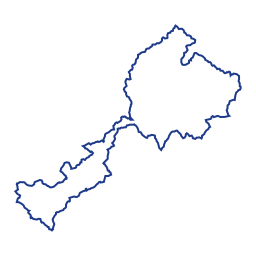 outline of Concepcion, Junín, Peru
{"feature_id": "86281439B60815042130101", "entity_name": "Concepcion", "entity_type": "district", "adm_level": 2, "iso_a3": "PER", "parent_name": "Peru", "parent_adm1": "Junín", "projection": "natural_earth1", "projection_center": [-75.231, -11.807], "detail": "fine", "context": "isolated", "style": "outline", "palette": "blue", "viewbox_px": 256, "rotation_deg": 0, "n_neighbors": 0, "source": "geoboundaries", "source_scale": "gbopen_adm2", "svg_char_len": 5801}
<svg xmlns="http://www.w3.org/2000/svg" viewBox="0 0 256 256"><path d="M100.6,182.5L103.8,182.0L105.4,176.0L108.3,176.0L111.1,174.7L110.4,172.3L109.3,171.8L109.0,170.7L108.0,170.7L107.5,170.0L107.4,168.9L106.6,166.8L105.4,165.5L105.1,164.5L104.1,164.1L103.4,163.2L107.7,158.8L107.7,155.8L108.5,152.4L108.1,150.5L107.5,149.6L110.2,148.3L111.5,146.7L112.9,146.4L114.0,145.8L113.8,145.0L112.2,143.0L113.3,142.0L114.9,139.4L115.0,138.2L114.4,137.0L114.4,136.0L117.3,132.2L117.8,130.7L117.7,128.8L118.8,128.4L119.9,128.7L120.6,127.9L121.4,127.6L122.9,127.8L124.2,127.3L125.9,127.3L126.7,125.7L127.1,125.3L128.3,125.3L129.7,124.7L133.4,124.7L134.3,124.4L134.8,125.1L135.8,125.5L137.2,127.4L138.0,129.1L138.7,131.9L140.8,132.3L142.3,134.9L145.7,137.5L147.1,137.9L148.2,135.7L149.9,135.7L151.5,134.9L154.3,135.3L154.9,135.7L155.1,136.3L154.9,137.9L156.4,139.6L156.5,140.9L158.0,143.0L159.2,147.9L161.2,150.0L162.3,147.8L163.8,146.7L164.1,144.3L164.6,143.6L165.2,141.3L166.1,141.0L167.5,139.0L168.1,138.7L169.1,135.8L170.8,132.9L172.0,131.8L172.9,131.5L174.5,131.5L176.3,130.6L177.2,130.7L178.6,132.4L179.9,133.4L180.9,134.7L181.1,135.7L183.1,138.2L184.6,137.6L185.6,136.1L185.9,134.1L186.8,133.3L188.0,134.1L189.5,136.1L191.7,135.6L192.6,136.9L192.8,138.2L193.7,138.5L195.4,138.9L196.5,137.7L199.5,137.4L201.5,138.5L202.1,137.1L202.0,135.7L204.2,134.2L204.7,132.8L206.3,130.5L208.3,129.0L209.4,126.9L210.0,126.8L208.5,123.6L206.2,121.7L205.8,120.0L210.7,118.9L211.2,118.3L211.5,117.0L212.7,116.1L213.8,117.1L217.7,115.9L220.7,117.0L224.8,116.9L229.2,115.9L228.4,115.2L226.7,110.3L227.5,108.4L227.6,105.4L229.0,104.2L229.8,101.1L233.7,99.7L234.7,100.0L235.4,95.3L236.2,92.6L237.9,91.1L238.2,90.3L240.0,89.7L240.6,88.4L240.6,86.7L239.8,86.3L239.7,83.3L238.6,81.1L239.1,78.9L239.0,76.0L236.6,74.1L233.9,73.6L233.3,73.7L232.7,74.5L231.6,74.4L230.6,75.5L230.2,72.9L229.6,71.8L228.8,71.7L227.7,72.5L226.7,72.2L225.7,73.1L224.9,73.2L224.3,72.9L222.7,70.8L220.4,70.6L219.9,69.1L219.5,68.8L217.1,69.1L216.8,68.2L215.1,66.8L214.3,65.5L213.5,65.4L212.7,65.8L211.7,65.0L211.1,63.2L210.3,62.2L208.4,62.1L207.9,61.1L205.3,59.9L205.0,58.5L203.2,56.8L201.7,55.7L198.9,55.0L196.2,53.0L194.5,53.1L192.8,57.4L191.0,58.6L191.1,60.4L189.7,60.2L189.1,60.5L189.0,62.9L185.6,64.8L183.2,64.9L182.3,64.5L181.3,62.3L181.4,59.0L183.3,57.1L184.2,55.2L184.1,52.9L185.8,52.4L187.6,50.1L186.2,46.4L186.7,45.7L187.7,45.3L190.2,45.2L192.3,43.5L194.6,42.8L195.0,42.2L195.2,40.0L193.3,38.8L191.3,38.3L191.1,36.8L190.6,36.2L189.0,35.4L187.0,35.3L185.5,33.1L184.2,32.5L184.3,31.7L183.4,29.9L181.8,28.7L178.9,29.1L177.2,26.7L175.5,25.6L174.8,26.8L174.6,27.9L173.7,28.3L173.2,29.1L172.8,30.9L171.4,31.1L170.5,31.9L170.3,32.7L168.0,33.2L167.3,35.0L167.5,37.0L167.3,38.1L165.0,38.5L163.4,37.4L162.8,37.5L161.9,38.8L162.1,40.2L161.3,41.8L158.8,43.4L157.1,43.1L155.4,44.5L152.5,44.6L152.0,46.1L151.3,46.8L150.6,46.9L149.0,48.5L147.1,48.6L146.2,49.1L145.1,51.8L142.2,52.3L140.5,53.1L140.3,53.6L139.2,54.4L138.0,54.7L138.0,57.5L137.7,58.1L136.5,59.0L135.9,60.3L135.6,62.9L135.0,63.4L134.6,64.4L132.9,64.8L132.3,65.5L132.2,66.4L132.7,67.6L132.3,69.2L131.9,69.8L131.0,69.8L128.8,72.0L129.9,74.0L129.9,76.5L130.6,79.1L129.6,79.5L126.7,78.9L125.6,80.8L125.4,82.2L126.6,85.9L124.2,88.2L123.8,89.4L124.5,90.5L124.7,91.5L126.1,92.6L126.1,94.3L126.9,96.3L128.8,97.1L129.3,97.8L129.4,98.7L131.4,101.6L131.5,104.0L130.9,104.5L130.8,106.2L130.1,107.7L129.6,111.3L129.1,112.5L129.7,114.0L130.0,116.4L130.7,118.0L132.4,119.7L130.5,119.8L128.9,118.2L127.7,118.5L126.4,117.4L125.6,117.3L125.2,116.6L124.5,116.4L123.6,116.9L122.7,116.5L121.9,116.9L121.1,117.7L121.5,119.1L120.7,120.9L117.4,122.9L116.6,122.4L116.0,122.7L115.0,123.6L114.6,124.7L113.4,125.8L113.4,126.6L114.1,129.5L112.5,129.6L111.0,130.3L108.7,132.3L106.1,133.5L105.1,134.4L104.9,136.4L103.4,139.7L103.9,141.2L103.6,141.8L101.8,140.5L99.5,141.9L98.5,141.9L97.7,141.4L97.0,141.9L95.9,142.0L94.1,143.0L92.4,143.3L90.5,144.6L89.2,143.3L88.8,143.2L84.7,145.6L83.0,146.1L84.9,147.6L85.2,148.4L85.8,148.4L87.5,149.2L88.2,150.2L89.6,151.0L90.4,152.1L91.6,151.5L93.0,153.1L91.7,154.9L91.0,155.0L89.2,156.1L88.7,157.1L86.6,158.0L84.9,160.0L83.2,159.1L81.5,159.7L81.4,162.4L80.4,162.3L79.7,164.1L79.1,164.8L77.6,164.9L76.4,165.8L76.1,167.4L75.4,167.9L71.2,168.8L71.1,167.3L68.9,162.7L66.6,162.3L64.6,162.9L63.4,165.6L61.1,168.4L60.8,170.0L60.4,170.9L60.6,171.4L62.2,172.3L64.7,175.2L65.7,175.7L65.9,177.3L66.6,177.5L67.3,177.3L66.6,177.8L66.4,178.9L64.9,179.1L62.6,182.0L59.8,182.7L59.4,182.4L59.0,182.8L58.3,182.6L54.9,185.8L53.5,186.8L51.7,187.3L50.1,187.3L48.2,186.0L47.6,186.0L45.6,184.3L43.9,184.1L42.9,183.5L42.3,182.7L42.4,181.7L41.8,180.5L39.9,180.0L34.9,182.0L34.3,183.0L34.2,184.3L31.9,185.9L28.7,185.5L27.2,184.9L26.1,184.2L24.7,182.5L24.1,182.3L19.8,182.1L17.9,183.5L17.2,183.3L16.9,183.6L16.8,184.4L17.5,186.7L17.6,188.4L18.0,189.5L15.4,191.4L17.5,194.0L20.1,195.5L19.4,197.8L18.3,198.0L17.6,199.1L16.8,202.1L18.7,202.2L20.2,202.9L22.5,204.4L23.8,205.7L24.5,207.6L26.8,209.1L28.4,210.7L29.2,210.8L28.5,211.6L28.2,212.7L30.5,215.0L30.9,216.2L30.5,217.2L30.8,218.1L32.1,217.7L33.1,218.8L36.1,219.5L37.3,219.4L38.2,218.8L40.4,219.0L41.1,221.8L41.8,222.6L42.3,222.3L43.5,222.9L45.2,225.0L46.7,225.8L47.6,227.0L48.6,227.0L49.2,229.2L50.7,229.4L51.9,230.4L53.0,229.3L52.7,228.8L54.3,224.1L53.0,221.1L52.7,219.2L54.9,215.3L56.0,214.2L56.0,212.7L57.0,212.1L58.5,212.2L60.3,211.0L63.2,210.1L63.8,209.0L65.2,208.1L66.1,206.9L66.0,204.8L66.6,203.3L67.7,201.6L68.6,201.3L69.4,201.5L69.8,201.2L69.9,199.7L69.4,197.9L74.1,196.5L76.2,197.1L77.0,196.9L78.8,195.8L79.2,195.1L79.6,193.3L80.2,192.7L83.5,191.0L85.5,190.6L85.8,188.9L86.2,188.8L86.9,190.3L87.5,189.6L90.3,188.9L90.9,188.3L93.7,187.4L95.3,186.1L96.8,184.2L97.8,183.7L98.8,182.3L100.1,181.8L100.6,182.5Z" fill="none" stroke="#1e3a8a" stroke-width="2"/></svg>